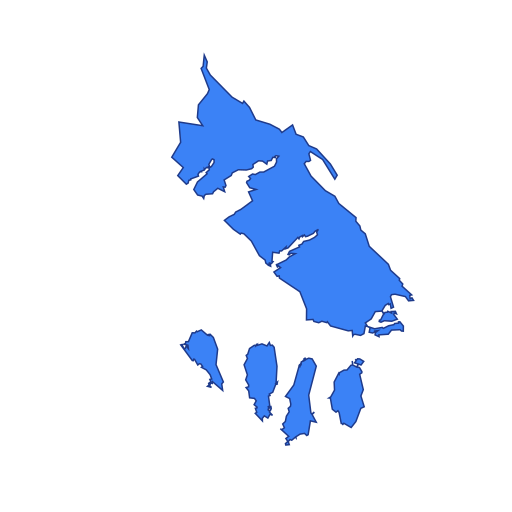 Haram nor, Møre og Romsdal, Norway, rotated 236°
{"feature_id": "86288312B90203417254551", "entity_name": "Haram nor", "entity_type": "district", "adm_level": 2, "iso_a3": "NOR", "parent_name": "Norway", "parent_adm1": "Møre og Romsdal", "projection": "mercator", "projection_center": [6.407, 62.619], "detail": "fine", "context": "isolated", "style": "filled", "palette": "blue", "viewbox_px": 512, "rotation_deg": 236, "n_neighbors": 0, "source": "geoboundaries", "source_scale": "gbopen_adm2", "svg_char_len": 6130}
<svg xmlns="http://www.w3.org/2000/svg" viewBox="0 0 512 512"><g transform="rotate(236 256 256)"><path d="M366.4,236.1L354.5,238.4L354.4,240.5L356.3,242.6L355.6,244.5L356.4,245.0L354.4,253.0L356.2,253.6L357.2,256.3L356.4,257.8L357.0,257.8L356.2,261.2L357.1,261.8L356.5,261.8L357.1,264.5L356.0,265.5L356.7,266.3L356.1,267.6L358.3,268.1L360.7,272.9L360.9,274.1L359.4,275.1L357.0,273.6L355.1,269.1L355.2,266.4L353.6,265.5L353.0,261.3L351.5,261.4L350.1,248.9L345.9,241.6L339.2,241.7L335.8,244.8L332.9,244.8L335.0,246.9L335.2,249.0L331.9,254.8L333.0,256.8L333.5,262.2L326.8,266.0L331.6,267.5L330.3,268.9L331.2,270.5L336.9,272.1L336.6,280.5L338.2,282.8L337.4,289.6L332.7,296.1L330.8,301.2L331.2,303.4L333.6,304.6L333.5,311.4L331.0,314.5L326.1,316.3L328.3,318.7L326.7,322.0L328.4,325.1L326.8,327.1L328.0,327.2L328.0,328.7L326.0,330.7L325.0,327.2L322.4,325.6L320.1,321.5L321.3,309.3L323.4,306.2L323.9,301.0L325.9,299.0L326.0,294.4L323.3,294.8L322.6,292.9L323.0,290.3L322.1,289.2L316.1,289.0L311.1,293.3L313.3,285.7L303.7,284.0L303.1,269.6L303.8,263.7L302.7,261.3L303.5,255.6L303.2,249.7L290.8,252.2L282.9,255.2L283.3,256.5L281.2,258.4L271.0,260.5L254.4,259.0L247.5,261.3L244.7,260.2L241.2,261.2L239.3,262.4L240.8,263.1L241.5,261.5L242.8,263.2L241.1,264.6L241.8,267.0L242.7,266.3L249.8,271.9L245.5,276.7L247.0,278.5L245.9,280.1L246.7,285.8L245.5,284.4L244.8,287.1L248.0,301.1L246.2,301.2L247.3,302.7L247.0,306.0L246.0,305.4L246.4,307.9L244.3,307.9L243.6,309.8L242.7,316.2L243.5,318.9L243.2,322.6L241.9,319.7L239.2,318.8L238.7,314.8L239.3,309.2L241.4,303.7L240.2,300.7L240.9,297.5L239.2,297.2L241.1,286.4L239.4,283.4L238.4,284.2L238.9,286.3L236.0,289.8L236.6,283.1L235.8,278.8L237.3,268.0L234.2,267.5L236.5,268.7L232.6,269.9L232.7,261.9L227.4,262.1L226.5,264.1L224.6,263.1L201.8,272.4L183.9,268.4L174.8,262.1L171.5,267.8L169.4,267.4L165.6,270.7L165.1,274.1L161.2,277.4L161.6,278.4L156.3,278.7L142.4,290.6L140.5,294.1L135.6,291.5L136.3,293.0L135.6,294.5L131.7,298.3L131.3,302.1L136.8,307.5L135.1,309.1L139.4,309.2L139.4,316.3L143.2,323.8L140.0,329.5L142.8,335.5L142.7,339.1L141.4,338.9L141.2,340.5L137.1,338.7L136.7,341.4L147.1,344.7L148.2,346.7L146.6,349.9L138.8,357.2L133.5,357.4L131.1,361.8L134.1,361.9L134.4,359.9L137.4,361.4L136.7,363.3L149.3,360.2L150.7,362.0L155.8,361.2L156.9,362.5L168.9,359.6L175.1,361.1L200.7,355.3L213.3,359.0L218.9,357.4L222.8,358.9L229.0,358.2L231.9,360.4L253.2,354.0L261.4,354.8L271.4,350.0L291.5,346.3L305.5,347.6L306.4,350.5L304.8,352.7L304.8,354.7L311.2,357.0L312.2,359.5L298.7,365.2L275.6,364.3L277.6,368.5L290.6,369.1L310.8,366.1L318.0,361.5L328.2,361.8L334.5,357.3L344.2,359.6L343.9,346.5L348.0,346.3L357.5,341.2L368.9,331.9L382.8,333.7L391.2,332.6L390.0,330.2L401.0,325.0L431.6,319.3L439.5,319.9L444.2,324.1L451.4,325.4L442.8,318.2L442.2,315.4L420.1,310.3L417.7,306.5L413.5,292.8L403.6,284.8L393.8,284.7L410.2,267.0L392.4,257.1L385.0,241.4L370.0,245.2L366.4,236.1ZM126.0,167.4L115.7,169.1L117.9,170.5L118.8,173.5L115.0,175.2L117.0,179.2L114.7,180.6L119.2,179.9L120.2,182.2L121.2,183.6L119.9,180.6L121.7,180.0L123.1,181.6L121.8,183.7L122.9,184.2L123.7,182.7L122.9,182.1L124.1,181.8L124.2,183.7L132.9,188.0L132.5,189.6L134.1,189.8L133.7,193.7L138.5,200.5L138.1,201.4L139.1,201.2L138.6,202.4L139.5,203.3L139.2,201.4L152.8,211.7L170.2,220.0L173.0,219.7L173.8,217.9L176.9,218.7L175.3,214.8L179.8,211.8L181.2,207.1L181.9,207.7L181.7,206.2L182.8,207.6L181.8,205.7L182.9,204.7L182.9,198.9L179.2,194.2L179.1,192.3L175.8,191.6L172.5,185.3L162.3,182.4L159.1,178.2L153.2,177.8L151.7,176.7L152.5,174.2L148.2,174.5L142.0,171.4L138.8,175.1L135.8,175.2L133.8,171.3L130.1,172.4L129.5,171.8L130.1,170.3L126.0,169.2L126.0,167.4ZM82.6,175.0L81.0,178.1L84.2,179.0L84.8,181.6L83.3,182.6L83.8,187.4L82.9,187.5L83.8,188.0L83.7,192.9L81.8,197.0L78.8,197.7L78.7,199.3L88.9,208.9L84.5,213.0L93.4,213.9L93.4,214.6L93.7,216.3L94.2,216.9L93.5,213.9L95.3,213.8L111.2,221.9L131.0,244.4L139.3,245.0L141.8,242.6L142.4,239.6L143.9,239.5L143.8,237.5L143.6,239.4L142.2,238.9L142.4,236.9L143.7,236.9L142.4,236.7L142.9,234.4L141.1,232.9L141.6,232.8L140.8,231.9L141.5,231.5L141.3,231.0L140.7,231.6L139.6,230.4L139.9,230.0L140.8,230.9L141.1,230.7L127.9,215.2L123.1,201.9L119.0,204.2L113.7,202.0L112.1,200.5L111.7,197.5L108.3,196.4L106.2,191.6L102.4,187.8L101.8,184.2L97.7,183.5L97.6,180.4L96.7,180.5L99.2,179.6L88.2,182.3L88.0,178.7L84.4,178.7L84.0,175.5L82.6,175.0ZM79.8,237.4L69.0,232.8L69.6,233.4L67.8,233.8L68.2,235.3L60.6,239.0L62.9,246.2L71.1,257.7L70.5,261.4L81.3,264.7L85.2,270.2L100.0,275.8L100.0,278.4L100.8,279.1L105.7,279.4L107.4,277.6L107.8,278.6L109.3,280.4L106.9,282.1L108.4,286.4L112.6,284.5L114.0,282.7L113.5,281.2L114.8,280.5L113.3,280.6L112.3,278.2L112.9,277.5L109.4,280.3L107.5,277.5L111.6,275.2L115.2,277.1L111.6,275.2L112.3,273.6L110.6,267.6L112.2,265.1L112.6,260.0L111.7,259.0L112.6,259.1L107.8,250.3L100.9,246.1L97.4,239.2L97.5,237.1L96.6,238.2L86.3,233.6L81.8,235.0L81.9,237.4L79.8,237.4ZM175.1,142.9L172.0,145.6L174.2,145.0L176.2,147.4L174.8,148.5L176.1,149.7L163.2,153.2L169.2,156.1L169.8,158.5L188.3,162.1L200.2,172.1L212.3,175.1L216.8,174.2L217.2,173.3L216.4,173.6L215.9,173.0L217.4,171.5L225.3,169.3L226.1,164.9L227.0,164.7L226.4,162.4L228.0,160.2L222.8,152.1L224.2,149.9L223.0,148.7L223.2,146.9L220.2,149.7L217.0,148.1L220.5,147.9L218.9,145.6L220.0,144.5L224.0,145.2L224.4,143.9L205.0,144.7L204.3,145.4L205.3,146.7L204.7,147.3L198.2,146.8L198.4,148.8L197.4,149.9L194.4,150.0L194.3,148.5L189.4,151.1L183.3,151.6L178.8,150.5L179.5,148.7L177.0,148.3L176.9,145.5L175.3,145.0L175.1,142.9ZM132.7,310.4L129.5,307.2L126.9,309.7L126.7,312.3L127.4,312.5L125.9,315.5L125.7,312.0L124.0,310.6L120.3,312.9L121.9,313.8L117.2,321.9L118.8,326.9L114.3,334.3L112.5,334.6L111.3,336.1L115.5,339.0L121.0,338.5L121.7,337.3L120.6,336.7L122.5,333.2L122.0,331.9L124.0,327.0L124.8,321.1L126.2,320.7L129.3,313.7L135.0,309.2L132.7,310.4ZM133.3,323.6L133.8,322.5L132.8,321.5L131.2,322.6L130.6,326.2L126.0,332.1L124.6,337.8L130.5,337.5L131.4,338.7L129.5,340.1L132.2,340.6L134.4,337.0L132.9,336.5L136.5,334.3L135.9,333.6L137.1,331.3L136.5,329.9L139.9,329.7L136.6,329.4L133.3,323.6Z" fill="#3b82f6" stroke="#1e3a8a" stroke-width="1.5"/></g></svg>